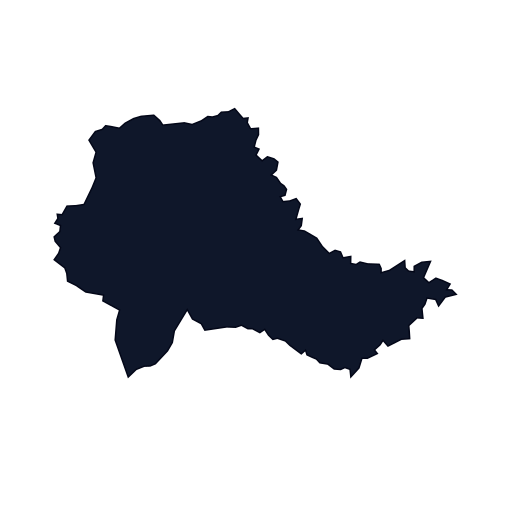 Ciríaco, Rio Grande do Sul, Brazil, rotated 280°
{"feature_id": "56859067B13253078936111", "entity_name": "Ciríaco", "entity_type": "district", "adm_level": 2, "iso_a3": "BRA", "parent_name": "Brazil", "parent_adm1": "Rio Grande do Sul", "projection": "albers", "projection_center": [-51.915, -28.368], "detail": "fine", "context": "isolated", "style": "filled", "palette": "ink", "viewbox_px": 512, "rotation_deg": 280, "n_neighbors": 0, "source": "geoboundaries", "source_scale": "gbopen_adm2", "svg_char_len": 2170}
<svg xmlns="http://www.w3.org/2000/svg" viewBox="0 0 512 512"><g transform="rotate(280 256 256)"><path d="M114.6,151.2L123.5,157.7L128.1,165.1L129.3,170.8L132.4,175.6L147.2,185.3L156.2,188.6L168.1,188.6L191.3,197.6L182.9,204.4L179.8,213.9L174.1,218.5L181.1,239.5L182.3,248.3L185.3,253.7L183.0,260.6L183.8,265.1L181.2,273.1L185.3,277.3L180.2,282.1L176.8,287.1L178.7,291.3L177.4,299.8L173.9,304.9L167.5,317.6L171.9,321.1L167.5,323.4L166.0,329.0L165.0,333.4L161.9,337.5L162.0,345.5L158.3,352.6L158.9,359.0L161.6,362.9L160.7,368.3L153.4,370.4L163.5,376.8L173.7,378.1L174.6,383.4L181.0,392.4L184.1,388.9L190.1,393.6L195.0,395.7L190.2,401.6L199.3,413.7L201.3,421.7L208.4,420.0L214.0,418.5L223.1,425.4L223.7,431.2L233.2,428.5L237.8,430.7L244.3,431.7L244.4,440.5L238.5,444.5L248.4,449.5L253.0,459.8L256.5,454.8L255.9,449.6L262.1,452.0L264.1,444.2L265.4,437.0L259.7,430.9L263.7,424.7L281.0,428.8L278.6,420.3L273.3,413.6L267.9,414.5L267.6,408.9L270.3,404.9L277.3,403.2L265.0,389.9L261.2,382.1L265.4,381.4L269.2,378.8L267.6,367.3L268.1,359.5L265.0,356.1L265.1,350.5L272.0,349.4L269.3,342.0L274.7,338.5L275.3,332.9L271.2,327.7L276.9,319.6L284.1,312.7L289.0,299.4L289.0,292.9L293.7,295.3L301.0,295.0L299.0,288.9L309.1,289.9L314.8,290.6L319.5,285.6L316.1,279.8L314.2,273.1L318.6,269.5L320.8,274.0L326.9,274.5L329.9,271.5L331.8,267.5L336.9,262.5L338.4,256.9L344.1,261.2L352.3,261.3L354.8,256.8L355.7,250.0L350.8,245.5L355.4,238.5L361.8,240.4L362.9,235.3L370.0,235.8L375.9,237.4L382.3,236.2L380.3,228.6L385.8,224.2L390.6,224.2L389.2,219.4L393.0,214.7L397.4,209.4L393.2,203.8L391.6,196.9L387.7,194.1L385.3,188.9L385.0,184.3L379.7,178.8L374.4,170.3L374.7,162.3L368.7,141.5L372.7,137.7L376.9,130.9L373.6,118.6L370.1,111.6L364.1,104.1L358.1,99.3L358.3,90.6L358.2,85.3L354.0,82.6L350.7,76.2L341.1,71.4L330.5,80.5L319.5,79.4L305.2,85.0L295.0,82.8L276.9,77.7L274.3,70.1L272.3,61.2L263.0,57.9L262.6,53.0L258.6,54.4L253.3,52.2L252.1,58.2L246.0,58.6L239.8,53.9L235.6,55.7L230.3,62.1L224.4,61.2L217.3,57.9L211.1,69.8L206.0,72.7L198.5,74.8L195.9,83.7L191.0,94.6L191.0,112.7L185.2,113.0L179.1,131.1L169.0,130.0L148.8,131.9L114.6,151.2Z" fill="#0f172a" stroke="#020617" stroke-width="1.5"/></g></svg>